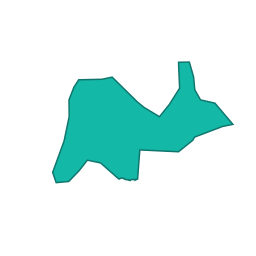 outline of To'vshru'ulex, Arhangay, Mongolia, rotated 47°
{"feature_id": "93677404B19526737982487", "entity_name": "To'vshru'ulex", "entity_type": "district", "adm_level": 2, "iso_a3": "MNG", "parent_name": "Mongolia", "parent_adm1": "Arhangay", "projection": "robinson", "projection_center": [102.181, 47.421], "detail": "fine", "context": "isolated", "style": "filled", "palette": "teal", "viewbox_px": 256, "rotation_deg": 47, "n_neighbors": 0, "source": "geoboundaries", "source_scale": "gbopen_adm2", "svg_char_len": 1585}
<svg xmlns="http://www.w3.org/2000/svg" viewBox="0 0 256 256"><g transform="rotate(47 128 128)"><path d="M114.4,46.2L121.2,52.1L134.1,63.1L139.0,81.8L141.2,97.3L124.0,102.2L115.2,103.4L80.0,104.9L74.6,113.8L59.1,131.2L61.3,139.8L67.2,152.0L79.6,163.3L93.9,183.6L109.1,213.4L119.0,217.8L126.7,207.8L125.9,193.0L125.9,192.9L123.8,179.7L134.8,171.9L158.3,169.6L159.0,169.4L159.5,169.0L159.4,168.5L159.5,168.2L159.5,167.9L159.7,167.6L159.8,167.5L160.0,167.5L160.1,167.4L160.2,167.0L160.1,166.8L160.2,166.6L160.3,166.5L160.5,166.5L160.6,166.4L160.9,166.1L161.2,165.9L161.7,165.9L161.9,165.8L162.1,165.6L162.3,165.6L162.5,165.6L162.5,165.3L162.5,165.2L163.1,165.0L163.4,165.0L163.6,165.1L163.9,164.9L164.2,164.7L164.5,164.6L164.8,164.4L165.1,164.1L165.3,163.8L165.4,163.7L165.7,163.3L165.9,163.2L166.1,162.9L166.3,162.9L166.5,163.1L166.7,162.9L166.7,162.7L166.8,162.5L167.0,162.4L167.4,162.5L167.6,162.2L167.9,162.2L168.0,162.1L167.8,161.8L167.8,161.5L167.9,161.3L168.0,161.2L168.1,160.8L168.1,160.6L168.4,160.1L168.7,159.9L169.1,159.6L169.3,159.5L169.3,159.2L169.2,159.0L169.3,158.9L169.5,158.7L169.8,158.6L170.3,158.6L170.5,158.3L170.5,158.1L170.8,158.2L171.0,158.3L171.0,158.1L171.0,157.9L171.2,157.7L171.3,157.6L171.4,157.3L171.4,157.2L171.2,157.0L171.1,156.8L171.2,156.6L171.4,156.5L171.5,156.4L171.6,156.2L171.9,156.0L171.9,155.9L171.8,155.7L165.4,148.8L152.1,134.3L179.8,107.3L181.1,89.5L181.2,89.4L180.1,85.4L191.0,58.6L191.0,58.4L193.8,53.8L196.9,48.8L169.1,47.5L156.9,55.8L145.6,53.1L135.4,45.2L121.6,38.2L114.4,46.2Z" fill="#14b8a6" stroke="#0f766e" stroke-width="1.5"/></g></svg>